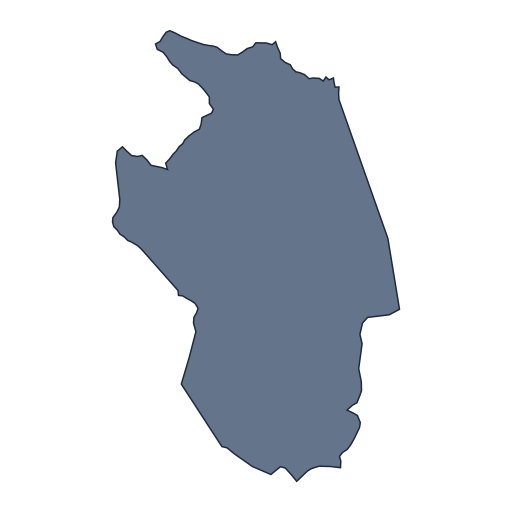 Caraúbas, Paraíba, Brazil
{"feature_id": "56859067B97216442550612", "entity_name": "Caraúbas", "entity_type": "district", "adm_level": 2, "iso_a3": "BRA", "parent_name": "Brazil", "parent_adm1": "Paraíba", "projection": "natural_earth1", "projection_center": [-36.523, -7.775], "detail": "fine", "context": "isolated", "style": "filled", "palette": "slate", "viewbox_px": 512, "rotation_deg": 0, "n_neighbors": 0, "source": "geoboundaries", "source_scale": "gbopen_adm2", "svg_char_len": 1944}
<svg xmlns="http://www.w3.org/2000/svg" viewBox="0 0 512 512"><path d="M339.0,99.7L338.6,93.5L339.0,87.0L335.1,87.2L334.1,82.9L333.4,78.0L329.0,79.8L325.9,77.0L323.3,81.1L319.3,78.4L313.4,78.0L309.1,78.7L304.4,74.5L299.8,72.7L295.9,71.8L292.7,69.0L290.2,64.7L285.1,62.4L280.6,58.6L280.2,53.2L277.6,47.5L275.6,41.7L272.2,44.7L266.4,43.0L255.8,42.8L252.8,46.8L247.1,48.6L242.5,52.0L237.8,54.9L231.9,54.8L226.2,53.9L221.6,50.8L217.1,47.3L213.3,46.1L209.3,45.6L203.4,44.5L196.1,42.1L191.4,40.5L187.2,38.6L181.1,36.2L175.0,32.9L169.7,30.7L166.2,32.2L163.1,36.4L160.1,41.4L155.5,44.0L157.3,49.4L163.1,52.2L167.1,57.2L169.5,61.2L172.7,65.0L177.9,68.5L181.7,73.7L185.9,77.2L189.7,80.5L194.9,82.0L198.8,84.3L203.7,89.5L209.3,96.8L209.4,103.6L213.4,109.3L211.6,113.1L207.2,115.2L202.0,117.6L201.1,124.2L199.4,129.2L194.1,132.0L188.6,136.2L184.7,140.0L182.8,143.6L179.2,146.6L176.0,151.3L173.1,154.2L169.5,159.1L165.7,163.1L167.5,169.5L162.0,167.6L156.7,166.5L151.0,165.3L147.0,160.0L142.2,155.4L137.6,156.5L131.5,155.5L126.4,150.8L122.5,146.8L117.3,151.1L115.6,162.9L119.8,199.7L119.3,207.2L116.7,212.4L112.9,217.6L112.5,222.1L113.9,226.8L117.3,230.1L119.9,234.1L124.4,237.0L127.8,240.5L131.6,242.1L138.0,245.9L142.1,249.9L178.0,290.5L178.5,295.4L182.7,295.9L187.2,298.6L190.6,300.4L195.1,303.4L198.1,308.4L196.5,312.9L193.9,317.4L193.5,323.1L195.9,331.7L189.2,357.5L181.3,384.1L221.9,446.6L227.0,447.8L235.1,454.4L252.4,466.5L270.9,474.5L274.4,471.6L280.5,466.7L285.4,468.1L291.4,474.8L296.7,481.3L307.5,471.0L310.9,468.9L315.6,467.2L319.4,466.2L330.4,466.5L340.5,467.7L340.8,461.2L339.5,456.4L342.4,452.6L347.3,449.3L350.9,444.5L354.2,438.6L359.5,427.6L360.3,422.6L357.4,415.5L353.0,412.9L347.0,410.1L352.6,405.1L356.9,402.8L359.9,395.4L361.5,390.6L361.3,381.7L358.7,368.6L362.1,343.8L361.1,339.4L359.9,334.4L362.5,323.1L367.6,317.4L389.2,314.8L399.5,309.3L387.9,238.5L345.1,117.1L339.0,99.7Z" fill="#64748b" stroke="#1e293b" stroke-width="1.5"/></svg>